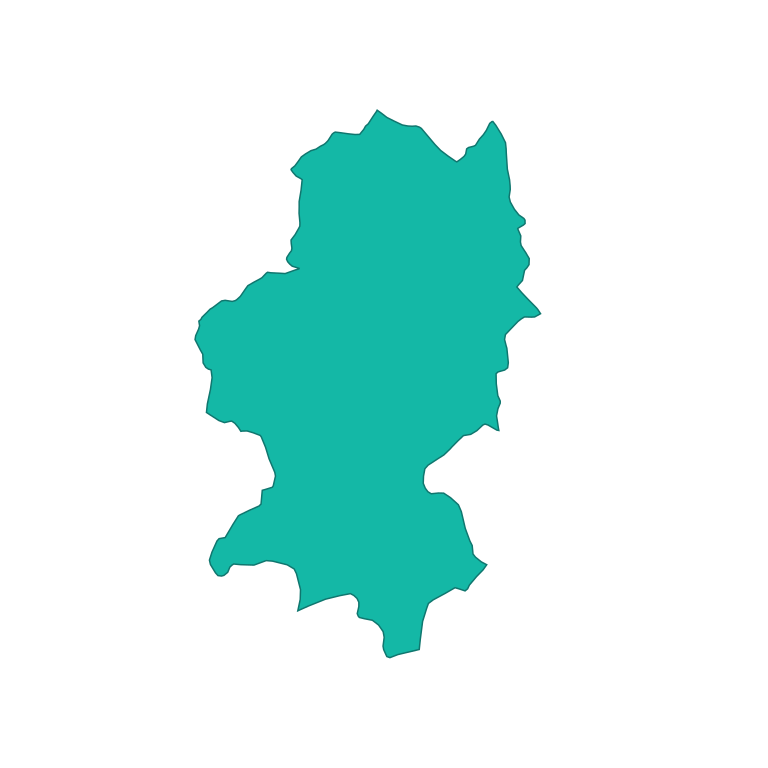 Bac Kan, Bắc Kạn, Vietnam (Mercator projection), rotated 51°
{"feature_id": "81297802B17568713952999", "entity_name": "Bac Kan", "entity_type": "district", "adm_level": 2, "iso_a3": "VNM", "parent_name": "Vietnam", "parent_adm1": "Bắc Kạn", "projection": "mercator", "projection_center": [105.845, 22.132], "detail": "fine", "context": "isolated", "style": "filled", "palette": "teal", "viewbox_px": 768, "rotation_deg": 51, "n_neighbors": 0, "source": "geoboundaries", "source_scale": "gbopen_adm2", "svg_char_len": 3842}
<svg xmlns="http://www.w3.org/2000/svg" viewBox="0 0 768 768"><g transform="rotate(51 384 384)"><path d="M589.1,417.9L583.5,420.3L576.1,421.9L572.1,421.8L568.8,419.6L565.0,417.1L559.9,416.0L547.3,411.7L531.8,404.2L524.7,402.2L514.4,403.8L506.4,406.3L503.0,410.3L499.0,416.4L495.3,417.7L490.9,417.5L485.9,416.0L480.5,411.3L475.6,405.6L474.8,400.8L476.0,389.0L476.8,382.1L476.1,373.6L475.6,370.5L474.7,362.5L474.1,354.7L477.7,348.3L478.7,341.2L478.1,333.0L478.7,330.7L481.3,329.0L490.9,325.3L492.4,324.0L489.3,322.3L484.6,319.5L479.6,316.6L474.9,311.0L472.0,305.7L470.4,304.4L464.7,302.9L454.5,296.6L446.5,290.4L446.4,287.7L449.1,281.4L449.2,277.7L445.7,274.0L433.5,266.0L431.1,265.0L425.3,262.3L422.0,258.5L421.2,252.5L419.7,240.6L419.8,236.1L420.3,232.6L424.9,227.2L426.7,224.7L427.9,218.1L423.1,217.6L420.9,217.6L408.5,218.8L399.5,219.5L392.2,219.7L391.6,217.1L390.7,211.3L384.1,203.2L383.6,199.8L382.5,196.2L377.9,192.2L374.4,191.7L371.4,191.2L368.2,190.9L362.7,190.3L359.5,188.6L355.0,184.5L347.5,182.4L347.3,181.7L348.2,175.7L348.1,173.4L345.4,171.3L343.4,171.1L337.5,172.8L330.2,172.7L322.1,171.3L317.4,169.1L312.3,163.5L309.4,161.3L304.3,157.9L294.6,152.9L281.3,143.5L278.1,141.1L272.9,137.7L263.5,135.6L253.3,134.3L248.5,134.2L248.0,135.0L248.0,137.8L251.3,144.9L252.8,149.9L253.7,155.7L256.1,162.7L255.6,164.7L253.4,169.5L253.3,171.8L256.7,175.8L257.5,178.6L257.5,183.6L257.2,187.6L255.9,188.2L247.1,190.8L238.1,193.0L229.9,193.7L214.5,194.0L208.9,194.1L206.7,194.8L203.6,196.8L201.4,199.9L198.5,203.1L194.3,206.7L186.0,210.7L178.7,214.0L171.9,215.6L166.9,217.0L167.5,218.4L169.1,223.9L171.9,232.5L172.0,236.1L173.4,239.5L174.7,245.8L171.9,249.5L167.2,254.2L161.1,259.9L157.5,263.4L157.2,265.1L157.2,267.0L159.6,274.2L159.8,275.4L160.1,278.2L160.0,280.2L159.2,283.8L158.7,289.0L156.7,293.9L155.8,300.2L155.5,305.3L157.1,310.9L158.4,316.0L158.4,320.4L158.9,321.3L159.0,321.4L162.3,321.6L167.1,321.4L171.8,319.5L173.7,319.0L176.3,321.6L181.2,326.5L188.8,335.1L192.9,338.4L197.9,342.6L205.7,347.8L208.4,350.1L209.6,352.9L212.0,359.1L213.6,365.6L214.8,366.5L216.5,367.7L220.5,370.1L222.2,372.1L222.9,375.1L224.5,379.8L225.7,381.2L228.4,381.9L231.4,381.8L234.7,381.2L239.3,378.1L240.7,377.2L241.0,377.8L239.7,380.8L236.0,391.3L232.5,395.1L226.4,401.9L223.9,404.2L223.8,405.8L224.6,412.0L224.2,414.7L223.0,420.9L221.9,427.9L223.0,432.0L225.5,440.5L225.8,445.3L225.6,447.1L224.3,450.0L219.0,454.8L217.2,458.0L216.8,469.3L216.4,472.0L217.0,477.1L217.6,483.4L218.6,485.8L218.6,488.3L222.7,490.7L224.7,493.6L227.9,499.9L230.6,502.9L235.8,504.0L242.0,505.3L246.8,506.1L253.8,511.3L258.9,512.0L261.9,511.1L264.2,509.5L265.5,510.3L270.9,513.6L279.1,522.4L288.3,533.8L294.4,539.9L294.6,539.8L299.1,538.4L308.5,535.3L313.6,532.3L315.9,527.5L317.0,525.7L320.7,524.6L326.3,524.5L330.7,525.0L331.5,523.6L334.4,519.9L339.5,516.4L346.0,512.6L347.3,512.6L347.7,512.6L358.7,515.9L369.8,520.4L381.0,523.6L384.0,524.5L387.3,526.3L393.4,534.1L394.0,535.7L391.3,542.5L390.0,545.5L399.9,555.1L400.0,556.4L400.2,557.8L397.5,567.8L395.1,578.1L394.8,580.1L398.0,589.6L403.4,604.1L400.4,609.5L400.9,612.6L406.4,623.5L411.0,630.5L415.1,632.5L424.7,633.8L428.4,633.6L431.0,631.1L432.0,628.8L432.0,624.0L429.3,619.0L429.1,616.1L429.3,614.1L434.1,609.2L442.9,599.0L447.1,586.7L451.5,582.1L463.6,573.0L471.2,570.2L476.3,571.4L491.3,578.3L498.7,584.7L506.0,593.7L509.0,582.4L514.4,564.9L520.8,551.3L525.8,542.0L529.4,540.5L533.6,539.9L537.8,540.9L541.1,543.6L545.6,549.3L548.2,550.1L549.9,550.1L554.0,547.0L560.3,541.7L567.9,539.9L575.9,540.5L581.0,543.3L587.1,549.7L590.2,551.4L595.5,552.8L597.6,553.3L600.4,551.6L603.0,543.5L612.5,523.7L605.3,516.5L592.8,503.4L585.3,492.2L582.5,487.6L582.7,481.6L585.2,468.3L587.0,457.0L590.6,454.5L595.8,451.2L595.8,447.9L594.0,444.2L591.9,433.3L590.8,424.0L589.1,417.9Z" fill="#14b8a6" stroke="#0f766e" stroke-width="1.5"/></g></svg>